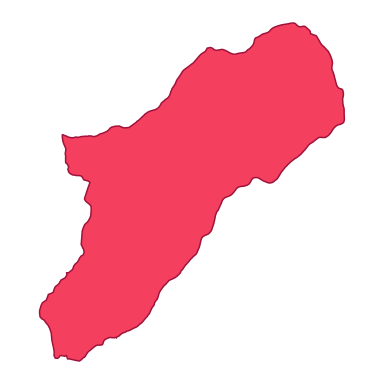 outline of Chomphet, Louangphrabang, Laos
{"feature_id": "54806243B51917372677648", "entity_name": "Chomphet", "entity_type": "district", "adm_level": 2, "iso_a3": "LAO", "parent_name": "Laos", "parent_adm1": "Louangphrabang", "projection": "equal_earth", "projection_center": [101.914, 19.859], "detail": "fine", "context": "isolated", "style": "filled", "palette": "rose", "viewbox_px": 384, "rotation_deg": 0, "n_neighbors": 0, "source": "geoboundaries", "source_scale": "gbopen_adm2", "svg_char_len": 5860}
<svg xmlns="http://www.w3.org/2000/svg" viewBox="0 0 384 384"><path d="M343.4,93.1L342.8,90.3L342.4,89.7L341.9,89.2L341.2,88.9L340.0,88.6L339.1,88.3L338.2,87.6L337.4,86.6L336.7,85.2L335.8,82.2L335.5,80.7L335.1,79.5L334.2,75.7L333.3,72.7L332.1,69.8L331.8,68.0L332.0,66.0L332.5,63.2L332.1,60.5L331.4,58.1L329.9,54.4L328.1,51.1L326.6,49.7L323.9,46.7L322.0,45.1L320.6,43.3L319.0,40.3L316.5,36.1L315.8,35.5L314.0,35.0L311.6,34.0L310.6,33.9L310.3,31.5L309.6,30.5L305.8,27.0L304.9,26.4L303.7,26.2L300.2,26.9L299.6,26.8L298.4,26.3L297.4,25.6L295.6,23.8L294.8,23.3L293.3,23.0L290.1,23.3L288.1,23.8L283.7,24.5L281.1,25.0L277.6,26.0L274.7,27.1L273.1,27.8L271.1,29.3L269.7,31.0L269.0,31.7L267.3,32.7L265.1,33.4L263.7,33.7L262.0,34.4L259.4,36.2L257.8,37.1L255.8,37.8L255.1,38.5L254.6,39.7L253.8,43.1L252.7,45.4L249.7,48.6L247.5,50.0L245.9,51.8L244.7,52.3L243.0,52.7L240.6,53.0L237.7,53.5L235.8,54.1L234.5,54.2L233.0,54.1L229.7,52.8L227.0,51.2L224.6,50.1L223.2,49.6L222.1,49.4L220.6,49.6L217.0,50.3L215.6,50.2L213.8,49.5L213.1,48.7L212.5,48.3L211.5,47.8L210.3,47.5L207.3,48.1L206.9,48.6L206.6,49.4L205.1,51.5L204.5,52.0L203.3,52.6L201.0,54.2L199.5,55.7L193.8,62.4L192.7,63.4L191.5,64.2L189.5,65.8L183.8,70.0L182.7,71.2L181.7,72.7L180.9,74.2L177.1,79.6L176.6,80.4L175.5,83.2L174.3,85.4L172.0,88.7L171.8,89.5L171.1,91.1L170.8,91.7L170.2,93.9L169.6,95.3L168.9,96.6L168.4,97.3L167.9,97.7L167.2,98.4L165.6,99.4L164.3,100.5L163.9,101.0L163.3,101.3L162.6,102.1L161.6,102.8L161.3,103.1L160.7,104.6L158.8,107.3L157.5,108.4L155.6,109.5L151.5,110.7L150.3,111.0L147.5,112.3L146.6,113.1L145.5,113.7L145.1,114.0L144.6,114.6L143.0,116.2L141.4,117.6L140.7,118.4L139.0,120.0L136.9,121.4L136.5,122.0L134.8,123.4L133.4,124.3L131.7,125.6L129.4,127.2L128.6,127.5L127.3,127.7L126.7,127.6L125.1,127.9L124.5,127.8L123.9,127.9L122.6,127.4L121.9,127.2L119.2,126.0L118.7,126.0L117.0,126.2L116.4,126.1L114.3,126.4L112.8,126.9L111.9,127.0L111.3,127.4L110.5,127.8L108.8,129.7L107.3,131.1L106.0,131.8L102.0,133.5L100.8,133.6L100.1,133.9L97.0,135.8L96.1,136.0L95.2,136.4L94.6,136.4L93.8,136.7L93.4,136.5L92.6,136.4L92.0,136.1L89.1,135.9L88.7,135.9L87.3,136.4L86.1,136.1L85.1,136.3L84.4,136.2L83.0,136.5L81.4,136.5L79.8,137.0L78.2,137.3L77.3,137.3L76.2,137.0L75.2,137.2L73.9,137.6L71.7,137.8L68.0,137.0L67.0,136.4L66.2,136.0L64.7,135.6L63.5,134.9L62.7,134.8L62.3,134.9L62.4,138.1L63.0,141.4L63.7,143.8L65.0,146.6L65.8,148.7L65.6,151.6L65.2,153.3L65.6,155.8L65.6,161.5L65.7,161.8L65.6,162.1L66.0,162.6L66.0,163.2L67.1,163.9L67.7,164.7L67.9,165.1L68.0,165.7L68.0,165.8L68.4,166.0L68.6,166.6L68.7,167.0L68.1,168.5L67.9,169.4L68.0,170.0L68.6,171.4L68.6,171.9L69.0,172.5L70.6,173.9L72.8,175.0L74.8,175.1L76.5,175.6L78.5,175.5L80.9,175.9L82.1,176.8L83.0,178.5L84.1,180.0L86.0,180.4L88.2,181.1L89.7,182.1L89.8,183.0L88.0,187.8L85.5,195.6L84.7,198.0L84.5,199.1L85.5,201.0L87.9,203.1L90.0,204.7L91.1,206.7L91.2,209.0L91.0,213.2L90.7,216.1L88.9,219.9L87.6,221.9L85.9,223.4L84.6,224.8L83.5,227.2L82.2,231.2L81.9,235.7L81.2,244.5L83.7,249.8L84.1,252.0L83.7,253.8L82.9,255.1L81.2,256.0L79.6,258.0L78.5,260.4L77.3,262.3L75.2,264.0L73.8,265.9L72.6,269.4L68.6,272.7L66.6,272.8L66.8,275.1L65.2,277.8L61.1,280.0L58.7,284.0L55.3,286.7L54.1,289.3L53.3,292.2L50.8,293.6L48.4,294.4L47.4,297.3L46.2,300.3L44.8,301.1L42.5,302.7L41.1,305.4L39.6,310.6L39.6,313.8L40.1,316.9L41.7,318.7L44.2,320.2L46.1,323.0L48.0,325.1L49.7,328.4L51.2,332.9L51.9,340.2L52.6,343.6L53.3,346.7L54.2,351.6L54.0,355.6L55.3,358.1L57.6,358.4L59.0,357.3L60.0,355.7L62.0,355.6L64.7,356.3L66.4,355.5L67.6,358.9L69.3,358.9L76.3,360.5L79.6,361.0L81.4,359.6L83.6,357.5L84.4,357.3L85.5,355.9L87.7,352.3L93.9,347.1L96.1,345.6L97.6,345.1L100.4,345.1L101.6,344.9L102.5,344.6L103.1,343.1L103.8,341.0L104.6,339.9L107.0,338.5L109.2,337.6L110.6,337.5L114.3,337.8L115.9,337.4L116.3,337.9L117.3,336.7L119.0,336.0L120.7,334.4L122.0,333.4L123.4,332.8L125.4,332.1L126.3,331.6L126.6,331.3L127.2,331.0L128.1,330.9L130.2,330.1L133.3,328.4L136.8,326.8L137.6,326.2L139.8,324.2L141.5,323.0L142.3,322.2L146.0,317.7L146.5,317.3L146.9,316.9L148.4,314.7L149.3,313.7L151.8,308.2L153.8,305.4L154.2,304.7L154.3,303.9L154.8,302.4L156.0,300.6L157.0,299.5L157.6,298.3L157.9,297.2L158.5,295.5L158.9,293.7L160.2,291.0L161.8,288.7L162.7,287.3L163.2,286.9L163.6,286.3L164.1,285.7L166.0,284.0L167.1,282.6L168.0,281.7L168.7,280.7L169.6,280.2L173.8,278.3L175.1,277.6L177.3,276.0L180.1,273.1L180.7,272.0L181.1,270.9L182.5,269.5L185.4,265.2L186.4,264.3L187.7,262.7L189.3,261.0L189.6,260.4L190.2,259.7L191.1,258.8L191.8,258.2L193.5,256.3L194.6,255.5L195.8,254.4L196.4,253.7L197.0,252.8L197.1,252.2L199.4,247.0L201.0,240.2L201.7,238.0L203.3,236.2L204.3,235.8L205.0,235.3L206.6,234.8L208.3,234.0L209.5,232.9L211.1,231.0L211.8,229.7L212.1,228.3L213.2,225.5L213.9,223.0L214.7,219.6L215.4,215.7L215.6,214.9L216.5,212.8L216.8,211.6L218.2,210.2L220.2,205.5L221.4,203.1L222.1,201.0L222.7,199.9L223.4,199.0L224.4,198.1L225.2,197.6L226.0,197.2L229.5,195.9L231.3,194.8L232.8,193.4L234.4,191.5L236.4,188.7L237.7,187.5L239.6,186.7L242.2,186.3L243.9,186.2L246.7,185.3L247.9,184.8L249.1,183.9L250.2,182.5L251.1,180.7L251.9,179.4L252.7,178.4L254.5,177.6L256.6,177.6L257.8,177.7L259.2,178.4L261.6,179.9L263.6,181.0L267.9,182.7L269.1,183.0L270.2,183.0L272.5,182.4L273.8,181.6L274.5,180.9L276.4,179.5L277.3,178.7L279.5,175.3L280.8,172.9L285.5,166.9L287.0,165.6L287.6,164.8L291.1,161.5L295.1,158.5L296.7,157.6L300.5,154.6L302.4,152.6L303.6,151.2L304.8,150.0L306.8,147.5L308.4,145.4L309.2,144.5L310.5,143.5L312.1,142.6L313.2,141.8L317.7,138.2L318.8,137.6L319.9,137.3L322.6,137.5L325.1,137.5L326.0,137.1L328.3,135.6L329.9,133.9L331.2,132.2L332.6,129.9L333.7,128.3L335.7,126.3L337.9,124.9L340.5,124.3L343.0,123.0L343.6,122.4L344.0,121.4L344.4,119.3L344.4,118.4L344.3,117.3L344.1,112.8L344.2,111.2L344.0,110.2L344.2,109.4L342.9,103.9L342.6,98.9L343.4,95.4L343.4,93.1Z" fill="#f43f5e" stroke="#9f1239" stroke-width="1.5"/></svg>